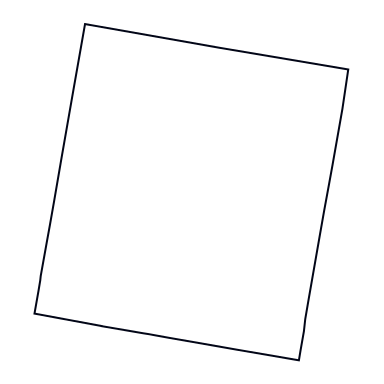 outline of McHenry, Illinois, United States of America, rotated 100°
{"feature_id": "52423323B91863423304632", "entity_name": "McHenry", "entity_type": "district", "adm_level": 2, "iso_a3": "USA", "parent_name": "United States of America", "parent_adm1": "Illinois", "projection": "mercator", "projection_center": [-88.357, 42.325], "detail": "fine", "context": "isolated", "style": "outline", "palette": "ink", "viewbox_px": 384, "rotation_deg": 100, "n_neighbors": 0, "source": "geoboundaries", "source_scale": "gbopen_adm2", "svg_char_len": 544}
<svg xmlns="http://www.w3.org/2000/svg" viewBox="0 0 384 384"><g transform="rotate(100 192 192)"><path d="M45.2,326.5L113.1,326.5L180.4,326.4L226.3,326.2L249.3,326.2L268.5,326.3L271.3,326.3L301.0,326.4L305.3,326.1L316.5,326.0L339.1,326.0L339.7,257.5L339.8,257.5L339.6,215.2L339.5,210.9L339.6,189.0L339.5,135.7L339.5,120.8L339.2,57.5L338.7,57.5L329.0,57.6L309.7,57.6L297.6,58.4L297.2,58.4L278.0,58.5L212.6,58.6L187.0,58.6L160.6,58.4L141.1,58.3L84.1,58.3L44.2,59.4L45.2,189.7L45.2,326.5Z" fill="none" stroke="#020617" stroke-width="2"/></g></svg>